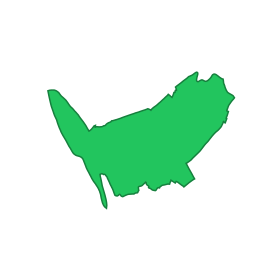 Tra On, Vĩnh Long, Vietnam, rotated 22°
{"feature_id": "81297802B90328181900706", "entity_name": "Tra On", "entity_type": "district", "adm_level": 2, "iso_a3": "VNM", "parent_name": "Vietnam", "parent_adm1": "Vĩnh Long", "projection": "natural_earth1", "projection_center": [106.002, 9.988], "detail": "fine", "context": "isolated", "style": "filled", "palette": "green", "viewbox_px": 256, "rotation_deg": 22, "n_neighbors": 0, "source": "geoboundaries", "source_scale": "gbopen_adm2", "svg_char_len": 5798}
<svg xmlns="http://www.w3.org/2000/svg" viewBox="0 0 256 256"><g transform="rotate(22 128 128)"><path d="M39.8,123.5L42.9,128.2L44.4,130.4L47.7,135.1L48.9,136.7L52.6,140.9L53.6,142.1L55.2,143.9L58.9,147.3L59.4,148.0L61.1,150.1L64.3,153.6L66.0,155.2L67.5,156.8L70.5,159.3L75.0,162.7L80.2,167.1L82.1,168.4L84.6,170.4L86.2,171.6L87.3,172.2L88.8,172.6L89.8,172.8L91.0,172.8L93.4,172.5L94.5,172.5L95.9,172.7L97.5,173.4L99.0,174.8L100.1,176.0L103.6,179.7L103.8,180.0L104.8,181.0L106.6,182.6L108.0,183.7L110.5,185.9L111.3,186.5L113.3,188.3L116.1,190.4L119.1,192.2L119.7,192.7L120.9,193.5L122.3,194.5L123.5,195.5L124.3,196.3L125.3,197.2L126.4,198.6L126.9,199.1L127.7,200.2L128.8,202.0L129.8,203.5L131.8,206.2L132.6,207.2L134.3,208.8L135.8,209.8L138.1,210.5L137.3,207.6L135.9,204.9L134.1,202.1L133.5,201.3L132.0,199.2L129.9,196.5L125.8,191.3L124.2,188.8L122.3,185.9L120.4,183.2L119.4,181.5L120.3,180.7L120.7,180.3L121.0,180.1L121.3,180.1L121.7,180.1L122.2,180.2L122.7,180.3L122.9,180.2L123.1,180.1L123.4,179.8L123.5,179.7L123.9,179.7L124.4,179.8L125.4,180.5L126.8,181.2L127.4,181.8L127.7,182.2L128.8,183.2L131.5,185.7L132.1,186.4L133.2,187.4L134.3,188.3L135.1,189.1L136.0,189.8L137.6,191.4L139.7,193.8L141.0,195.2L141.8,195.4L142.5,195.2L143.1,195.2L143.4,195.1L143.8,194.7L144.3,194.1L144.7,193.0L144.9,192.7L145.1,192.6L145.7,192.7L146.4,193.2L147.1,193.6L147.7,193.7L148.5,193.7L148.9,193.6L149.2,193.3L150.4,191.9L152.3,190.0L153.4,189.2L157.1,187.4L157.9,187.1L158.3,186.9L159.1,185.7L159.4,185.4L159.9,185.1L160.7,184.8L161.0,184.5L161.2,184.2L161.2,183.6L161.1,183.0L161.4,182.1L161.4,181.9L161.3,181.5L160.8,181.1L160.3,180.0L160.0,179.5L159.8,179.0L159.8,178.7L160.0,178.2L160.9,177.6L162.1,176.7L162.7,175.9L163.1,175.0L164.2,172.6L164.5,172.0L164.5,171.7L165.1,171.7L165.2,171.8L165.4,171.9L165.8,172.8L166.1,173.1L166.5,173.5L166.9,173.6L167.6,173.8L167.9,173.9L168.1,174.0L168.8,174.1L169.1,174.3L169.2,174.5L169.3,174.9L169.3,175.4L169.4,175.5L169.6,175.7L171.3,175.7L171.9,175.8L173.5,176.3L174.1,176.3L174.9,176.3L175.5,176.0L175.8,176.0L176.2,176.0L176.7,175.9L176.9,175.7L177.1,175.5L177.3,175.1L177.5,173.9L177.7,172.9L178.0,172.4L178.2,172.1L178.4,172.0L178.7,171.9L179.4,171.9L179.6,171.8L179.7,171.7L179.7,170.6L179.9,170.3L180.7,169.1L181.1,168.4L181.6,168.0L182.8,167.3L184.2,166.3L185.5,165.3L186.1,165.0L187.2,164.6L187.6,164.5L187.4,162.1L187.6,161.8L187.6,161.7L187.4,160.3L192.4,161.3L192.7,159.9L192.7,159.5L194.2,159.5L194.4,159.6L198.8,160.8L200.2,161.1L200.8,161.2L201.5,161.5L201.9,161.7L203.9,158.0L204.6,156.7L204.9,156.1L207.2,152.4L208.7,150.2L209.4,150.7L207.0,148.8L204.0,146.3L199.7,142.9L196.8,140.4L195.1,139.0L195.7,138.4L196.8,136.7L198.1,134.6L198.6,133.7L199.0,132.5L199.3,131.7L201.8,126.1L203.0,123.3L203.5,122.0L203.9,120.6L205.4,115.1L205.9,113.6L207.2,110.3L207.4,109.6L208.1,107.0L208.6,105.4L208.9,104.3L209.8,101.7L210.6,99.7L210.9,99.0L212.0,97.0L212.4,96.2L213.2,94.2L213.8,92.4L214.0,91.3L214.0,90.8L214.1,89.3L214.2,88.0L214.1,86.3L215.4,86.6L216.1,86.9L216.2,86.0L216.1,84.3L216.1,82.5L216.1,82.3L215.9,82.2L215.4,82.2L215.2,80.8L215.3,80.6L215.3,79.9L215.2,78.1L214.9,75.1L213.6,75.1L213.3,75.1L213.2,74.9L213.0,74.6L213.0,72.6L212.9,70.8L212.9,69.2L213.0,68.9L213.2,67.9L213.8,65.3L214.3,63.5L215.0,61.6L215.4,60.1L213.5,58.8L212.9,58.6L211.8,58.4L210.1,58.2L208.6,58.0L207.3,57.7L207.0,57.6L206.3,57.2L204.8,56.0L203.5,54.7L203.0,54.2L201.5,52.3L200.3,51.1L199.7,50.3L198.6,48.2L198.2,47.6L197.8,47.0L197.3,47.1L196.6,47.2L195.6,47.0L194.0,46.7L191.7,46.0L189.6,45.5L188.5,45.5L188.0,45.6L187.5,45.8L187.2,46.1L186.8,46.6L186.6,46.8L186.4,47.3L186.1,49.0L186.0,49.9L185.4,51.7L184.6,53.4L184.2,54.1L183.7,54.7L183.2,55.2L182.6,55.6L181.8,55.8L181.3,55.8L180.5,55.7L179.3,55.6L178.9,55.6L178.5,55.7L177.9,56.1L177.0,57.1L176.4,57.9L176.0,58.4L175.6,58.8L175.1,58.9L174.7,58.9L174.4,58.8L174.1,58.6L173.7,58.1L173.3,57.0L172.9,55.0L172.6,52.2L172.2,51.1L172.0,50.8L171.6,50.5L171.4,50.5L171.0,50.5L170.8,50.5L170.2,51.0L170.0,51.3L169.4,52.1L168.7,53.3L168.3,54.0L167.6,55.0L165.7,57.0L165.2,57.4L164.8,58.0L164.3,59.2L163.5,60.6L162.4,62.4L161.2,64.4L160.6,65.6L159.0,68.3L157.3,71.1L156.7,72.3L156.9,72.5L157.9,73.4L158.3,73.9L158.5,74.4L158.7,74.8L158.4,74.8L158.2,74.9L158.0,75.0L157.8,75.4L157.8,75.7L158.2,77.2L158.2,77.4L158.0,77.5L157.5,77.6L157.3,77.8L157.3,78.3L157.4,79.1L157.5,81.4L157.3,83.2L155.2,82.5L154.6,82.2L152.7,81.7L152.6,82.1L152.6,82.4L152.5,82.6L152.2,83.4L151.9,83.9L151.0,85.8L150.2,87.7L149.8,88.4L148.1,92.1L147.0,94.1L146.7,94.9L146.2,95.8L145.8,96.6L144.7,98.3L144.3,98.9L144.0,99.4L143.3,100.7L142.9,101.7L142.7,102.4L142.6,103.0L142.2,102.9L141.9,102.7L141.6,102.7L139.6,102.7L139.2,102.7L138.5,103.4L136.9,104.9L135.3,106.2L134.5,106.9L133.8,107.5L133.3,107.9L131.8,109.3L129.1,111.4L128.3,112.2L125.8,114.3L121.8,117.8L119.3,120.0L117.2,122.0L114.5,124.3L113.2,125.3L111.2,126.9L110.7,127.2L110.3,127.3L110.1,127.6L109.9,128.2L109.8,128.6L108.8,129.7L108.1,130.3L107.2,131.4L106.8,132.1L106.5,132.6L106.1,133.8L105.9,134.2L105.6,134.5L105.1,134.8L104.5,135.2L104.2,135.7L103.8,136.1L103.3,136.6L102.6,136.9L101.6,137.5L100.6,137.9L99.9,138.1L98.2,138.6L97.3,139.6L97.2,139.6L97.1,139.4L97.1,139.0L96.8,137.8L96.1,138.5L95.8,138.7L95.7,139.1L94.9,141.9L94.4,143.2L94.2,143.6L93.7,144.5L93.0,145.5L92.2,144.9L91.4,144.3L90.1,143.3L88.3,141.8L87.3,141.1L85.5,139.9L84.9,139.5L84.3,139.1L83.1,138.4L82.1,137.8L80.2,136.7L78.3,135.5L77.3,134.7L73.3,132.7L72.5,132.4L70.3,131.2L69.1,130.6L67.6,130.1L65.9,129.3L64.0,128.1L63.2,127.5L62.1,126.8L60.0,125.5L58.5,124.9L56.9,124.3L56.1,124.0L54.6,123.5L53.7,123.1L52.0,122.1L51.0,121.4L50.1,121.0L48.6,120.6L47.5,120.4L46.8,120.4L46.0,120.4L45.4,120.5L44.6,120.8L42.8,121.5L41.9,122.0L41.0,122.5L39.8,123.5Z" fill="#22c55e" stroke="#15803d" stroke-width="1.5"/></g></svg>